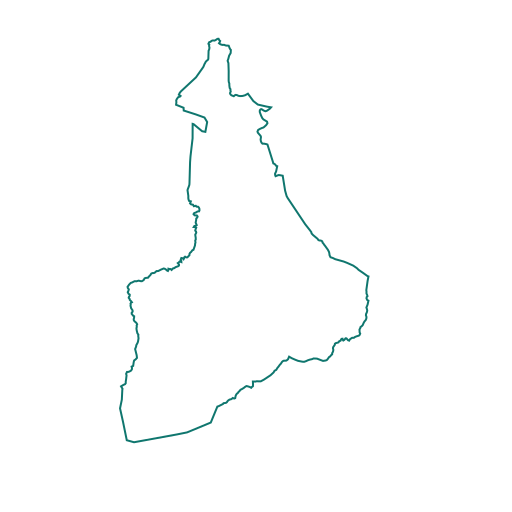 the district of Kaiti, Eastern, Kenya, rotated 281°
{"feature_id": "3690345B42792892468176", "entity_name": "Kaiti", "entity_type": "district", "adm_level": 2, "iso_a3": "KEN", "parent_name": "Kenya", "parent_adm1": "Eastern", "projection": "albers", "projection_center": [37.461, -1.788], "detail": "fine", "context": "isolated", "style": "outline", "palette": "teal", "viewbox_px": 512, "rotation_deg": 281, "n_neighbors": 0, "source": "geoboundaries", "source_scale": "gbopen_adm2", "svg_char_len": 6157}
<svg xmlns="http://www.w3.org/2000/svg" viewBox="0 0 512 512"><g transform="rotate(281 256 256)"><path d="M404.8,242.4L404.7,238.1L405.0,228.9L407.6,223.8L413.8,217.1L411.7,214.6L410.6,212.4L410.2,211.0L409.9,209.5L409.9,208.1L410.3,206.7L410.3,205.4L409.7,204.5L408.6,203.7L409.1,201.1L409.9,200.0L410.9,199.4L412.7,199.8L413.7,199.3L414.9,199.1L415.9,198.1L418.3,197.3L420.2,196.9L421.6,196.1L422.9,195.7L432.3,193.9L440.1,192.1L442.2,190.9L444.2,191.2L447.5,191.4L450.4,192.4L453.5,192.0L454.1,191.2L455.1,190.4L457.2,189.1L457.1,187.8L456.9,186.8L456.9,185.8L457.2,184.6L456.8,182.7L456.9,181.4L457.2,180.3L457.8,179.1L459.0,179.6L460.2,179.8L460.8,178.8L462.1,177.8L461.8,176.7L460.1,175.0L459.5,174.0L459.4,172.6L458.7,171.3L457.6,170.5L457.0,169.3L456.1,169.0L455.2,168.8L454.6,169.8L453.4,169.8L451.5,170.6L449.7,170.6L448.4,170.3L440.4,171.6L439.5,171.4L437.9,170.1L436.8,169.5L435.6,169.2L434.5,168.8L431.8,168.3L430.8,167.9L419.9,163.0L403.3,150.9L401.6,150.0L399.6,149.5L398.7,151.4L397.9,150.9L397.5,150.0L396.9,149.2L394.6,148.2L393.4,148.0L391.8,148.5L389.2,148.7L387.7,156.6L385.0,157.3L383.5,169.9L382.1,179.0L378.2,182.5L368.2,182.6L368.2,179.3L373.5,169.6L373.6,168.6L359.4,171.3L341.2,172.7L335.4,173.4L314.8,176.8L313.1,177.0L310.9,176.7L308.6,176.3L307.6,176.2L302.1,178.1L299.9,178.5L298.6,179.0L297.3,179.8L297.2,181.6L296.3,181.5L295.1,181.2L294.3,182.4L294.3,184.4L293.0,185.5L293.8,187.3L293.1,188.2L293.3,189.8L292.6,190.7L291.6,191.4L290.1,191.8L289.0,191.6L288.8,190.7L288.3,189.8L287.3,188.8L286.4,187.2L285.2,186.7L284.2,188.0L284.5,190.2L283.7,191.1L282.6,191.0L281.4,190.2L279.8,190.4L277.2,190.4L275.0,191.9L274.3,191.2L273.7,189.8L272.6,189.4L272.8,190.9L272.4,191.9L270.9,191.6L269.3,191.5L268.5,192.5L267.5,192.9L265.3,192.3L262.5,193.3L260.8,193.7L259.5,193.4L257.7,194.0L256.3,193.9L254.8,194.1L250.1,193.4L249.6,192.5L247.5,191.5L246.6,190.7L245.3,190.3L244.1,190.5L241.6,188.9L241.3,187.7L241.8,186.5L240.9,185.8L239.9,185.8L239.0,185.5L239.8,184.4L239.8,183.1L238.1,182.8L237.0,183.6L235.8,183.9L236.1,182.1L234.9,181.4L234.1,180.6L233.0,182.0L231.9,182.2L231.1,181.5L229.6,179.0L228.5,178.2L228.2,177.1L226.2,175.8L226.9,174.8L226.7,173.6L226.8,172.5L225.6,172.7L224.5,172.4L224.8,171.3L225.5,170.3L226.1,168.8L226.1,167.7L224.5,165.3L222.6,162.9L222.2,161.2L220.2,159.7L219.7,158.7L219.5,157.6L218.7,156.5L217.2,156.0L215.1,154.6L214.2,154.3L213.8,153.3L213.5,152.1L212.8,150.9L210.9,150.3L209.5,148.8L209.3,147.9L209.4,145.5L208.3,143.3L208.2,141.9L207.5,140.8L206.4,139.5L205.7,138.2L203.7,136.9L201.2,135.8L200.1,136.3L199.0,137.5L197.4,137.4L196.0,137.0L194.6,138.1L194.0,139.4L192.6,139.6L191.7,139.1L190.7,139.0L189.8,140.1L188.8,140.5L187.6,142.3L186.9,143.0L186.3,142.2L185.3,141.9L184.4,142.3L183.2,142.3L182.0,142.9L180.9,143.4L179.1,145.2L177.8,145.5L176.6,144.8L175.5,145.0L174.8,145.9L174.1,146.5L173.6,147.9L172.1,148.1L170.7,148.0L169.7,148.3L168.8,149.1L167.6,151.2L166.3,152.4L164.9,152.1L163.7,152.5L162.4,152.4L161.0,152.8L159.7,153.3L158.7,153.8L157.7,154.2L156.2,155.6L155.2,155.6L152.8,156.4L149.5,156.5L148.1,156.3L145.6,155.5L144.2,155.6L141.6,155.1L135.8,157.8L133.3,158.6L131.6,157.6L130.2,156.3L128.5,156.2L124.7,156.4L123.7,155.0L122.5,155.6L121.2,155.8L119.8,155.3L119.1,154.6L118.4,153.7L117.9,152.9L117.6,151.5L115.5,151.0L114.2,151.7L110.4,152.0L107.8,152.1L106.3,152.4L105.2,151.9L104.2,150.5L102.3,148.4L100.2,150.3L99.1,150.3L89.4,151.7L80.5,151.6L67.6,157.2L50.5,164.3L49.9,171.8L65.7,212.3L69.7,222.0L83.9,243.4L100.8,246.8L101.4,247.9L104.4,251.8L105.3,252.2L106.1,254.5L106.9,255.3L107.8,255.6L108.9,256.3L110.0,257.4L110.6,258.8L111.3,259.6L112.2,260.3L111.9,261.7L112.5,262.7L114.9,262.7L116.4,263.1L117.3,263.6L118.2,264.4L119.3,264.8L120.1,265.5L121.0,265.9L121.8,266.4L122.7,267.6L124.3,269.3L125.3,270.1L126.5,271.4L126.5,272.7L126.2,275.1L125.7,276.4L126.6,276.9L127.5,277.8L128.8,277.7L132.2,276.9L132.6,279.3L133.2,280.6L133.5,282.6L133.9,284.6L136.1,287.3L141.7,293.0L145.1,295.5L146.9,296.1L148.1,297.6L150.3,298.4L151.5,299.1L153.9,300.2L154.9,300.9L156.9,301.7L157.8,302.3L158.5,303.2L159.0,305.5L159.7,306.3L160.7,307.1L163.5,307.7L162.5,310.6L161.7,314.1L161.1,317.3L161.1,321.6L161.3,323.4L162.4,325.3L163.4,326.6L164.5,328.5L165.4,330.6L166.4,332.1L166.9,335.4L165.8,341.8L166.7,344.3L167.3,345.3L168.4,346.0L170.7,347.0L171.5,347.9L172.9,348.6L174.0,349.5L175.1,349.3L176.3,349.7L177.7,349.9L179.0,349.7L179.9,349.2L181.1,349.1L183.9,350.3L184.9,350.2L185.6,350.8L186.9,353.4L188.3,354.0L188.9,355.1L189.8,355.3L191.0,355.8L191.3,356.7L190.3,357.1L189.7,357.8L190.4,358.6L191.2,359.1L192.3,359.6L192.4,360.5L191.6,361.5L190.9,362.4L190.7,363.6L192.0,364.0L192.9,364.8L194.0,365.9L194.4,367.7L195.3,368.5L196.2,369.8L197.4,372.1L198.1,372.7L199.7,373.1L200.8,372.3L203.6,371.6L205.0,372.1L206.1,372.1L207.5,373.3L208.4,373.9L211.1,374.5L212.5,375.0L214.0,375.9L215.4,376.2L216.5,376.2L217.4,376.0L218.8,375.2L220.1,375.1L221.2,375.4L222.3,375.6L223.7,375.6L225.3,374.9L226.5,374.2L229.5,374.8L233.6,374.9L234.1,373.5L235.6,372.5L236.9,372.5L237.8,373.1L238.7,372.7L240.3,371.6L242.4,371.2L243.5,370.8L252.8,370.3L257.4,370.3L257.5,369.4L259.8,364.4L262.0,359.3L263.3,357.4L265.1,353.3L266.6,346.9L267.3,343.1L268.0,334.3L268.7,331.8L269.0,329.4L270.7,328.1L272.8,327.4L273.9,326.9L275.8,325.4L279.2,321.8L280.2,320.6L281.1,319.8L281.8,318.8L282.9,318.3L283.4,317.5L283.5,316.2L283.3,315.2L283.7,314.0L284.6,313.2L287.4,308.1L288.7,306.3L290.0,305.7L291.5,304.1L296.6,298.2L319.0,276.0L320.7,274.6L325.7,272.1L339.9,266.9L339.9,263.7L339.7,262.6L338.1,260.0L339.2,259.3L340.5,259.0L342.7,259.6L348.2,259.7L348.4,258.5L349.3,257.6L349.9,256.6L350.2,255.3L351.3,254.8L367.6,246.0L367.8,244.9L367.8,243.6L367.8,242.6L367.5,240.9L368.4,239.7L369.6,238.9L371.2,238.3L373.4,238.2L374.4,237.9L375.1,237.2L377.4,234.3L378.4,233.7L380.2,234.1L381.5,235.6L382.8,237.4L383.3,238.4L383.9,239.1L386.4,241.0L388.5,241.9L390.0,241.2L391.5,237.2L392.5,235.9L394.8,234.2L397.9,232.3L399.0,232.0L399.9,232.0L400.9,232.6L401.2,233.5L400.4,235.4L400.1,236.4L399.9,237.7L400.6,238.9L401.9,240.2L403.3,241.5L404.8,242.4Z" fill="none" stroke="#0f766e" stroke-width="2"/></g></svg>